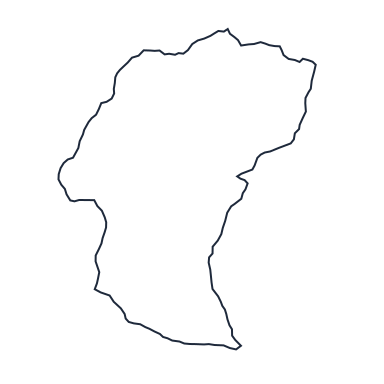 Ouro Verde, São Paulo, Brazil, rotated 176°
{"feature_id": "56859067B76679306167420", "entity_name": "Ouro Verde", "entity_type": "district", "adm_level": 2, "iso_a3": "BRA", "parent_name": "Brazil", "parent_adm1": "São Paulo", "projection": "mercator", "projection_center": [-51.742, -21.497], "detail": "fine", "context": "isolated", "style": "outline", "palette": "slate", "viewbox_px": 384, "rotation_deg": 176, "n_neighbors": 0, "source": "geoboundaries", "source_scale": "gbopen_adm2", "svg_char_len": 2132}
<svg xmlns="http://www.w3.org/2000/svg" viewBox="0 0 384 384"><g transform="rotate(176 192 192)"><path d="M295.8,101.8L290.1,98.2L281.4,94.5L277.7,87.9L271.1,80.9L267.7,75.0L267.0,70.4L264.2,66.8L259.2,65.0L252.9,63.7L248.0,60.5L244.0,58.5L239.2,55.5L233.9,52.6L231.0,49.4L226.6,47.8L222.1,45.2L214.9,43.7L210.3,41.4L204.6,40.5L198.9,40.0L190.6,39.1L185.8,39.1L180.2,37.8L171.2,36.8L165.1,33.7L159.0,31.9L153.9,35.2L159.2,41.4L162.0,45.9L161.7,52.3L163.9,56.4L165.5,62.5L166.3,67.9L167.4,72.5L169.7,76.3L170.9,80.4L173.2,86.1L178.3,93.8L178.8,100.4L179.0,107.5L179.2,113.3L180.3,120.4L179.5,125.6L175.8,129.2L175.2,136.0L169.7,141.7L165.7,147.9L163.8,154.0L160.9,160.9L158.3,168.9L153.9,175.0L150.5,177.0L143.3,181.8L141.4,187.3L138.5,190.9L135.9,196.7L138.7,200.2L142.7,201.9L145.8,204.4L141.4,206.8L134.5,208.9L130.2,210.2L127.7,214.1L124.4,221.5L120.9,224.5L116.7,226.3L111.2,227.0L102.1,230.0L90.1,233.6L86.7,237.4L85.3,243.4L80.8,247.3L79.9,251.5L76.4,258.0L72.8,264.3L72.8,272.7L72.2,277.9L68.8,283.4L66.3,286.7L64.8,294.7L61.8,303.4L59.7,310.3L62.6,313.5L66.8,315.4L72.1,317.2L75.6,314.2L80.2,316.5L86.3,318.0L91.1,322.2L92.7,327.3L94.3,331.2L99.4,331.8L104.7,333.1L108.5,334.9L113.1,336.7L119.8,335.3L125.2,335.3L132.8,334.7L135.5,340.3L138.8,343.5L143.1,347.2L145.0,352.1L149.0,349.8L154.5,350.8L158.8,348.6L162.7,346.5L169.1,344.2L175.6,342.8L181.4,339.6L186.2,333.8L191.0,330.6L195.7,331.5L199.3,330.1L205.2,331.5L209.7,331.2L214.5,335.4L219.4,335.4L223.4,336.0L230.3,336.7L235.8,331.7L242.5,330.2L247.1,325.6L251.9,321.7L255.4,318.8L258.4,315.6L260.5,311.8L261.4,306.1L262.8,300.3L262.8,295.7L265.6,290.8L270.9,287.9L276.3,287.0L279.1,281.3L282.3,275.8L286.9,272.7L290.3,269.0L295.2,261.5L296.8,257.0L300.5,250.5L302.3,243.8L308.3,234.5L313.7,233.1L318.0,229.8L321.4,225.0L323.7,219.1L324.3,213.9L321.9,208.4L318.6,203.9L317.3,198.4L314.0,192.1L309.9,190.9L305.1,191.9L290.1,190.7L287.4,184.6L283.2,179.6L280.8,172.8L279.7,167.8L280.2,162.6L282.0,157.8L284.4,152.2L285.9,147.0L288.9,141.5L292.5,135.4L293.0,129.5L290.1,118.5L291.8,112.2L293.2,107.5L295.8,101.8Z" fill="none" stroke="#1e293b" stroke-width="2"/></g></svg>